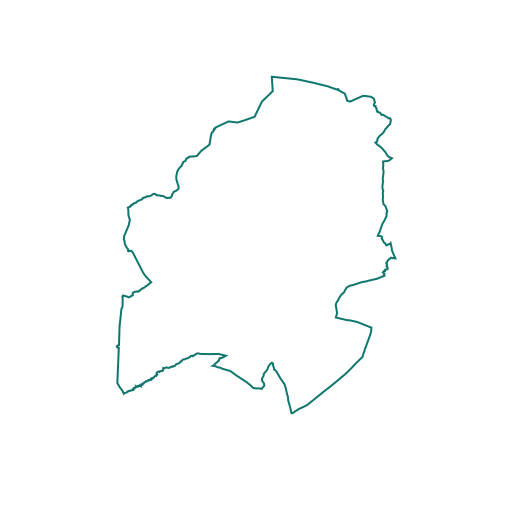 Sør-Aurdal nor, Oppland, Norway, rotated 67°
{"feature_id": "86288312B19107162508437", "entity_name": "Sør-Aurdal nor", "entity_type": "district", "adm_level": 2, "iso_a3": "NOR", "parent_name": "Norway", "parent_adm1": "Oppland", "projection": "orthographic", "projection_center": [9.715, 60.667], "detail": "fine", "context": "isolated", "style": "outline", "palette": "teal", "viewbox_px": 512, "rotation_deg": 67, "n_neighbors": 0, "source": "geoboundaries", "source_scale": "gbopen_adm2", "svg_char_len": 6124}
<svg xmlns="http://www.w3.org/2000/svg" viewBox="0 0 512 512"><g transform="rotate(67 256 256)"><path d="M331.0,431.5L330.7,430.9L331.1,429.0L331.0,427.9L330.6,427.1L330.8,426.9L330.4,426.0L330.9,424.7L330.8,424.0L331.0,423.9L331.0,423.0L331.3,422.1L331.2,421.9L331.3,421.6L330.7,421.5L330.7,421.1L330.4,420.8L330.6,420.1L330.2,420.0L330.3,419.9L329.9,419.2L330.1,418.7L329.7,418.0L329.8,417.7L329.5,417.6L329.8,417.5L329.6,416.9L329.8,416.4L329.3,415.9L329.5,415.1L330.0,415.0L329.8,414.6L330.5,413.5L330.1,413.3L330.6,413.0L330.2,412.9L330.5,412.7L330.1,412.4L330.2,411.8L329.7,411.6L329.9,411.4L329.8,411.1L329.9,410.6L329.2,410.5L329.1,409.7L329.4,409.1L328.7,408.3L328.8,408.0L328.6,407.4L328.8,406.6L328.3,406.1L328.7,405.5L328.3,403.5L328.7,403.4L328.4,402.7L328.7,401.8L328.5,401.4L329.1,401.0L328.6,399.8L327.8,400.1L327.7,398.9L328.2,398.3L328.1,397.9L327.1,396.2L327.1,395.8L327.4,395.0L326.7,394.7L326.9,394.1L326.6,393.1L325.0,393.3L324.5,392.8L324.2,391.8L324.2,391.2L325.1,390.2L324.5,389.5L324.8,388.1L325.2,387.6L324.8,386.8L324.9,386.2L322.9,385.1L323.6,384.5L323.4,382.9L323.5,382.1L324.7,380.5L325.1,379.2L325.1,378.8L324.8,377.8L324.9,376.8L325.2,376.5L325.0,376.1L325.4,375.7L325.2,375.1L325.5,373.6L324.4,371.8L324.6,371.0L324.6,368.7L324.3,367.6L323.6,366.6L323.9,365.7L323.2,364.7L322.7,363.5L323.3,362.2L323.1,360.9L323.4,359.2L323.2,356.1L322.7,355.4L322.7,354.1L323.1,353.5L323.1,353.2L323.6,353.1L323.1,351.4L323.0,350.0L322.7,349.4L322.7,348.4L323.4,346.7L324.7,344.9L328.5,336.3L331.6,328.6L336.0,322.8L336.1,324.4L336.4,325.1L336.4,326.4L336.2,327.1L336.4,328.2L335.8,329.0L335.9,329.5L337.8,331.1L337.8,331.7L338.4,332.8L339.0,335.1L339.3,335.4L339.3,335.8L340.1,337.6L340.2,338.6L341.8,336.2L343.6,334.7L344.4,333.1L347.0,330.6L351.4,325.1L352.9,323.9L358.4,320.7L368.5,313.9L373.9,311.1L375.9,310.5L377.2,309.0L378.4,306.7L378.7,305.4L380.6,302.5L379.7,301.5L378.9,299.5L378.4,298.9L376.4,298.4L373.2,299.1L372.2,299.0L371.0,298.1L369.0,295.6L367.6,295.0L365.5,290.8L364.7,289.7L362.8,288.1L361.0,285.2L360.5,283.0L361.7,282.4L363.0,283.0L365.9,283.2L367.7,283.7L368.9,282.7L369.7,282.4L378.4,281.3L384.9,279.9L389.1,280.2L395.9,281.5L398.0,281.6L402.1,282.9L408.9,283.7L412.6,284.5L414.6,284.7L414.8,284.1L414.8,282.6L414.4,281.2L413.6,276.2L413.4,270.3L413.1,266.9L407.1,245.9L405.0,237.8L399.4,219.3L396.8,212.7L393.7,205.6L390.5,197.4L387.4,194.9L385.9,193.4L383.8,191.9L383.5,191.3L372.0,180.6L369.6,179.0L367.0,177.8L356.2,188.7L351.8,194.9L351.5,195.8L350.0,198.1L343.8,206.5L340.1,203.6L332.4,201.8L330.7,200.5L328.6,197.5L327.4,196.2L325.0,192.7L323.8,189.0L322.4,187.6L320.5,184.8L320.2,182.9L320.1,180.4L320.7,178.2L320.8,175.7L321.0,174.3L321.2,170.7L321.6,167.9L322.5,164.2L322.7,161.9L323.4,158.4L323.5,157.3L324.2,154.0L324.4,145.5L323.0,145.5L322.7,144.8L321.4,145.2L320.9,145.0L320.8,145.3L320.6,145.5L319.9,144.2L320.0,143.8L319.8,143.5L320.2,143.1L319.0,142.4L319.6,140.5L319.3,139.8L318.0,139.3L317.0,139.9L316.5,139.9L316.1,139.3L315.3,139.2L314.6,138.6L313.7,138.8L313.8,138.5L312.8,137.9L312.5,137.2L311.7,136.6L311.2,135.5L310.9,134.6L311.0,134.2L310.3,132.4L311.5,130.9L311.4,130.4L311.6,130.1L312.1,129.7L312.7,128.7L304.3,128.7L300.1,127.6L296.8,127.1L297.2,127.7L297.0,128.4L297.3,129.3L296.9,129.9L297.2,131.3L297.2,131.9L294.6,132.2L293.6,133.0L291.5,133.0L289.3,133.5L289.1,133.0L288.3,132.6L287.0,132.8L286.1,133.9L285.0,136.0L283.1,134.1L282.7,133.3L276.0,127.3L273.4,123.8L270.1,120.1L267.2,118.9L266.1,117.7L260.7,117.4L258.0,118.4L253.7,117.3L251.0,115.9L247.3,114.6L245.6,113.3L244.3,113.4L241.9,112.7L237.5,110.3L237.1,109.8L234.6,109.3L229.4,106.2L227.0,105.2L224.6,104.9L222.6,103.5L218.7,102.1L218.8,101.3L219.9,98.0L220.1,96.0L219.1,92.7L216.8,94.9L214.9,95.8L211.1,96.3L207.1,97.6L204.5,98.6L200.6,100.9L198.2,101.7L197.9,99.8L195.3,98.1L193.8,95.4L193.2,93.3L192.2,90.5L189.9,87.6L186.8,80.9L183.5,78.7L181.6,78.7L181.4,79.0L181.4,79.8L175.5,83.9L175.4,84.2L175.4,85.0L174.6,85.5L172.6,85.7L171.3,87.4L170.4,88.1L170.1,88.1L169.6,87.5L168.5,87.9L166.8,87.3L164.8,88.1L164.5,87.7L164.2,88.4L163.4,88.6L162.4,88.2L161.1,86.5L157.2,86.1L154.4,87.9L151.0,93.6L150.4,95.1L150.6,109.0L148.9,111.3L141.2,110.8L135.4,115.5L134.8,115.0L134.3,115.5L134.8,116.1L127.9,123.6L119.8,134.4L110.7,147.2L109.2,149.5L97.2,171.4L110.8,176.2L116.2,190.2L127.3,202.9L126.6,213.7L125.9,220.9L121.4,228.7L121.9,242.9L122.3,243.6L122.9,243.8L122.9,244.2L122.5,244.5L122.7,245.0L123.1,245.5L124.0,245.7L124.6,247.3L125.3,247.6L125.4,248.7L126.4,249.6L135.4,255.4L137.7,265.0L140.8,271.4L140.4,273.1L138.5,278.8L139.1,279.5L138.9,280.9L139.3,281.7L139.4,282.5L140.8,283.6L141.1,286.3L142.5,287.6L142.7,288.3L143.9,289.2L145.1,292.1L146.9,294.9L150.0,297.3L151.6,298.3L154.5,299.4L162.0,300.2L163.3,300.6L164.1,301.6L164.7,303.9L164.8,306.5L165.0,307.0L166.4,308.8L168.1,310.3L168.9,311.9L168.8,312.9L168.0,314.1L168.0,315.0L167.5,315.9L164.8,317.8L163.9,318.9L163.6,320.1L162.9,320.6L161.1,323.9L159.6,324.4L158.8,325.9L158.9,327.0L159.3,328.3L159.4,330.3L159.1,331.8L158.7,332.2L158.4,333.0L158.9,334.3L158.5,335.6L158.5,337.1L158.4,337.6L159.1,338.2L159.3,339.3L159.2,343.2L159.6,345.0L160.1,345.3L159.9,346.2L160.0,346.8L159.8,348.3L160.5,349.1L160.3,349.6L160.5,350.1L160.3,350.7L160.3,351.1L161.0,351.5L161.2,352.5L161.5,352.7L161.3,353.7L161.4,355.1L163.0,355.3L169.1,357.6L173.5,358.0L177.9,361.1L186.5,369.9L187.6,370.2L188.6,371.1L191.2,371.2L191.6,371.6L192.8,371.7L193.5,372.0L197.6,371.8L199.6,371.1L200.4,371.2L201.1,371.9L201.8,371.6L202.1,370.6L202.0,370.0L202.4,368.9L204.7,368.0L227.6,366.4L231.5,365.5L239.2,362.7L240.9,368.9L240.8,369.4L241.5,371.5L241.3,372.6L241.6,372.9L241.9,375.7L242.3,376.1L242.4,377.1L242.9,377.9L242.6,378.9L242.0,379.4L242.0,380.4L241.4,381.7L241.7,382.3L241.6,383.4L242.4,384.3L243.9,384.6L244.1,385.1L244.0,386.1L244.5,388.7L244.2,389.4L242.6,391.0L240.4,393.9L241.1,394.9L243.0,395.3L250.6,398.7L252.2,400.6L267.9,409.3L284.6,417.0L284.4,417.8L284.7,418.2L284.5,418.4L284.4,418.8L285.0,419.6L286.5,419.1L287.0,418.2L318.8,433.3L324.5,432.5L327.6,431.6L331.0,431.5Z" fill="none" stroke="#0f766e" stroke-width="2"/></g></svg>